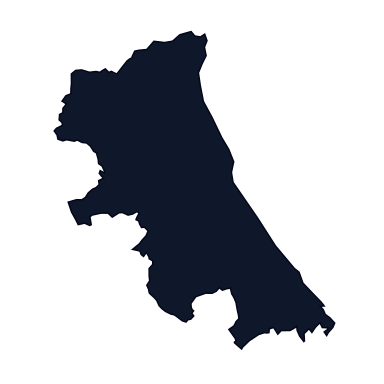 Polis, Paphos, Cyprus, rotated 86°
{"feature_id": "46923920B35140405744722", "entity_name": "Polis", "entity_type": "district", "adm_level": 2, "iso_a3": "CYP", "parent_name": "Cyprus", "parent_adm1": "Paphos", "projection": "orthographic", "projection_center": [32.436, 35.036], "detail": "fine", "context": "isolated", "style": "filled", "palette": "ink", "viewbox_px": 384, "rotation_deg": 86, "n_neighbors": 0, "source": "geoboundaries", "source_scale": "gbopen_adm2", "svg_char_len": 2725}
<svg xmlns="http://www.w3.org/2000/svg" viewBox="0 0 384 384"><g transform="rotate(86 192 192)"><path d="M314.9,68.1L310.9,70.8L302.0,78.3L290.6,87.7L279.5,90.8L275.4,95.2L251.6,112.5L221.8,128.8L185.2,150.4L175.1,151.3L164.7,148.3L152.0,152.4L139.9,158.5L118.8,166.9L102.6,174.3L86.5,176.3L73.6,177.3L65.0,173.1L56.9,168.4L48.3,169.5L42.1,166.5L35.4,168.3L35.6,168.7L37.9,172.7L36.6,178.3L31.9,181.7L34.3,193.2L40.2,200.9L41.0,208.9L39.0,219.5L46.7,227.2L46.9,235.1L47.5,239.3L52.8,242.3L53.6,241.8L54.9,244.9L56.8,247.7L60.2,250.8L63.6,253.9L69.0,258.7L67.7,261.3L66.0,264.1L66.9,266.6L63.1,269.9L65.1,273.9L66.2,275.4L65.1,279.3L65.4,286.0L62.5,293.6L62.6,299.6L63.2,300.4L65.8,304.1L75.6,304.7L80.2,305.5L85.6,306.0L87.2,311.1L92.3,315.3L95.4,311.2L99.5,314.9L103.9,315.3L105.4,318.7L110.8,319.5L113.5,316.9L116.4,316.5L119.0,322.8L121.5,325.2L125.8,322.6L128.8,322.2L130.0,322.0L132.0,317.2L131.1,313.5L133.1,306.0L132.2,302.7L134.9,298.3L135.7,293.8L139.0,290.3L142.5,288.3L144.5,287.3L146.4,284.6L152.8,283.3L157.2,283.2L159.9,279.8L166.1,277.6L166.6,278.5L164.3,282.1L166.9,283.2L170.4,280.8L172.0,279.1L174.1,284.3L178.1,284.1L181.0,287.5L182.3,291.1L185.7,295.6L190.0,298.7L192.1,302.5L191.6,307.7L193.5,316.2L203.7,313.5L211.4,309.9L216.6,307.8L215.6,301.3L218.2,296.5L217.6,294.8L209.8,295.6L208.1,293.5L206.7,284.1L207.2,277.3L211.5,273.3L207.7,266.4L207.6,263.0L209.1,260.1L210.6,257.4L209.8,252.6L207.7,248.5L209.2,246.1L213.7,248.9L215.7,249.8L217.1,247.2L220.3,246.5L223.9,244.8L223.8,241.9L227.7,238.5L232.4,240.8L236.6,245.2L240.0,248.1L245.1,255.3L247.2,248.1L250.9,247.0L252.9,244.8L249.0,241.8L253.9,239.4L255.6,239.4L257.9,236.0L261.5,236.2L265.3,240.1L273.0,240.6L277.6,240.4L281.9,243.6L282.3,243.4L285.7,242.2L289.9,241.6L293.0,238.7L294.4,237.3L297.6,234.8L303.2,232.7L306.3,230.1L309.2,226.9L312.3,221.6L313.2,218.5L314.5,216.7L319.8,210.7L321.3,207.0L319.1,204.9L318.8,202.2L315.8,198.9L312.9,200.6L310.7,198.7L309.3,200.1L307.1,200.8L303.2,200.9L296.7,195.5L294.8,188.7L293.9,185.6L294.4,178.9L292.7,174.7L289.4,171.5L292.1,168.5L291.0,164.5L290.5,160.4L296.5,159.4L300.3,157.5L305.3,155.8L313.2,155.0L318.2,154.2L321.7,154.1L324.3,157.0L328.4,159.4L331.7,164.8L341.2,159.0L343.9,158.5L344.6,160.1L345.2,160.2L345.5,160.1L352.1,153.5L350.1,152.1L344.2,145.0L342.0,141.1L338.8,135.4L337.4,129.6L337.8,127.5L337.7,125.1L333.9,124.4L332.9,120.0L339.8,116.3L336.5,112.7L337.0,103.8L333.6,96.8L337.3,96.8L343.2,94.7L349.0,90.9L348.4,90.2L341.1,90.1L336.6,84.8L340.5,82.2L335.5,78.3L331.3,73.5L336.3,71.5L337.0,65.8L338.7,66.5L340.8,69.9L344.6,67.7L341.7,65.8L337.0,61.0L332.7,58.8L327.1,63.2L323.4,67.6L318.5,69.3L314.9,72.1L314.9,68.1Z" fill="#0f172a" stroke="#020617" stroke-width="1.5"/></g></svg>